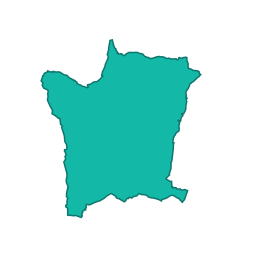 Vulturesti, Arges, Romania (Natural Earth projection), rotated 250°
{"feature_id": "2599482B57723445665641", "entity_name": "Vulturesti", "entity_type": "district", "adm_level": 2, "iso_a3": "ROU", "parent_name": "Romania", "parent_adm1": "Arges", "projection": "natural_earth1", "projection_center": [25.099, 45.058], "detail": "fine", "context": "isolated", "style": "filled", "palette": "teal", "viewbox_px": 256, "rotation_deg": 250, "n_neighbors": 0, "source": "geoboundaries", "source_scale": "gbopen_adm2", "svg_char_len": 5748}
<svg xmlns="http://www.w3.org/2000/svg" viewBox="0 0 256 256"><g transform="rotate(250 128 128)"><path d="M153.4,214.5L154.0,214.1L154.4,213.9L156.8,214.0L157.7,213.2L158.1,212.5L158.7,211.4L159.8,209.0L160.3,208.5L161.1,208.0L161.7,207.5L161.9,207.1L162.2,206.8L163.2,205.2L164.4,205.4L165.5,205.5L167.0,206.2L168.6,206.6L169.3,206.4L169.9,206.5L170.1,206.6L170.7,206.3L172.2,206.7L174.0,207.4L174.8,206.5L174.8,206.0L175.2,204.5L175.1,204.0L175.2,203.5L175.2,202.9L175.5,201.4L176.4,200.7L176.7,200.3L176.7,199.9L175.7,199.1L175.0,198.3L175.2,197.8L175.7,197.2L176.6,196.8L177.1,194.9L177.4,194.4L177.5,193.8L178.1,192.5L178.2,192.1L179.0,191.0L179.3,190.8L179.7,190.2L179.8,189.8L179.9,189.0L180.1,187.9L180.5,187.4L181.7,186.8L181.9,186.4L182.4,185.8L183.3,184.3L183.7,183.0L184.1,182.3L184.6,181.7L184.8,180.2L185.0,179.2L185.2,178.3L184.9,177.6L185.1,176.9L185.2,174.6L185.4,173.7L185.3,173.0L187.3,171.3L187.5,170.4L189.0,169.1L189.2,168.5L190.9,167.6L192.0,167.4L193.4,166.1L193.7,165.0L194.5,163.9L195.6,163.0L196.3,161.5L197.3,158.2L198.6,155.0L198.5,153.4L198.2,151.6L197.3,149.6L197.2,149.3L198.0,148.5L199.7,147.5L200.3,146.8L200.3,145.6L200.9,144.5L201.7,143.5L202.0,144.3L203.8,143.7L205.8,143.4L206.4,143.7L206.9,143.3L208.3,142.8L210.8,142.8L216.2,143.4L216.4,141.3L216.4,141.1L216.1,140.8L214.1,139.8L213.1,139.0L212.4,138.7L210.6,137.7L209.6,137.0L208.0,136.6L207.0,135.6L206.3,135.3L204.2,133.7L203.6,133.7L202.5,133.8L201.5,133.8L201.2,133.7L199.6,132.3L199.0,131.8L198.1,130.9L197.4,130.2L196.8,129.8L196.2,129.1L195.8,128.6L193.9,127.5L192.4,126.2L190.3,124.1L189.7,123.3L187.5,122.1L186.8,121.2L186.3,121.2L185.6,122.0L185.0,121.9L184.9,120.8L183.5,118.6L182.4,115.2L182.1,114.6L182.1,114.4L182.6,113.1L182.9,111.3L182.7,110.3L182.0,108.1L182.0,107.5L182.4,105.2L182.4,104.7L182.1,104.5L180.1,104.5L179.7,104.3L179.6,104.0L180.8,102.2L182.0,100.9L182.8,99.4L184.0,98.6L185.0,97.7L185.4,97.0L186.8,95.7L187.2,95.4L187.5,95.3L188.0,95.4L188.4,95.7L188.6,95.7L189.1,95.0L190.7,94.4L191.1,93.9L191.2,93.7L191.1,93.4L191.1,93.2L191.3,93.2L191.6,93.2L191.9,93.2L192.2,92.8L192.6,92.6L192.8,92.1L192.9,91.9L193.4,91.8L193.8,91.3L194.7,90.6L195.3,90.0L196.1,89.5L197.0,89.3L198.0,88.8L198.5,88.5L198.8,88.0L199.2,87.1L199.7,86.3L200.2,85.8L201.5,84.9L202.3,84.2L203.6,83.3L204.5,81.9L204.8,81.0L205.1,79.6L205.4,79.0L206.1,78.3L206.2,77.7L206.5,77.4L206.2,77.3L206.0,76.8L206.3,76.4L207.0,75.6L207.2,73.9L207.4,73.4L208.0,73.3L209.1,72.1L208.8,71.9L208.4,71.7L207.9,67.9L206.7,67.2L206.2,65.7L205.3,65.3L202.0,62.5L199.1,63.5L197.6,62.0L194.3,62.4L191.9,64.9L190.8,65.6L189.5,65.5L187.4,64.1L185.2,63.8L182.2,62.0L180.6,61.9L175.0,62.3L170.4,63.1L167.4,61.5L164.3,64.0L162.4,65.2L160.9,65.9L160.2,67.2L156.8,66.5L155.2,66.0L154.3,65.9L153.4,66.6L152.1,66.9L151.4,65.9L142.4,65.5L136.7,64.0L133.6,64.6L130.3,63.8L129.9,63.9L128.9,62.7L128.9,62.2L129.2,61.3L129.3,61.2L129.2,61.0L129.0,60.9L128.2,60.4L127.4,60.6L124.1,60.8L122.7,59.0L120.5,58.9L118.7,57.2L118.5,56.5L118.0,56.1L106.0,55.0L103.3,54.1L101.8,53.0L99.5,51.9L97.9,51.5L92.7,51.6L92.3,50.7L91.5,50.5L90.1,49.4L87.2,47.7L84.4,46.7L82.8,47.4L82.0,46.9L81.2,46.2L80.9,46.1L79.0,45.1L78.0,45.2L77.2,44.7L76.9,43.5L76.6,43.3L76.3,43.2L76.1,42.9L75.8,43.0L75.5,42.6L75.2,42.6L73.4,43.9L66.7,41.5L66.1,42.4L66.1,43.2L65.8,43.8L64.9,45.3L64.0,47.1L64.1,47.6L63.9,48.4L62.9,50.0L62.4,50.5L61.6,51.5L61.2,51.8L60.3,53.2L59.9,53.5L60.4,54.2L61.1,55.0L61.6,55.0L62.3,54.8L62.8,55.1L63.6,56.2L64.1,56.4L64.6,56.4L65.3,57.0L65.5,58.3L66.4,59.7L65.7,60.2L66.3,60.4L67.5,61.4L68.3,61.9L68.7,62.0L69.8,62.1L70.1,62.3L70.1,63.3L69.9,64.1L69.2,64.7L69.0,65.8L69.0,67.2L69.3,69.7L69.4,71.2L69.4,72.7L69.3,74.0L69.3,75.9L69.2,76.9L69.7,79.0L70.0,81.0L70.5,82.6L71.6,85.3L71.6,86.2L71.8,87.2L72.1,88.3L72.2,89.7L70.1,91.6L68.7,92.6L68.0,93.2L66.8,93.1L66.3,93.3L65.6,93.8L65.1,94.5L64.8,95.2L64.1,95.9L63.3,96.3L62.6,97.1L60.6,98.7L59.9,99.3L60.0,100.1L60.7,101.2L61.5,102.1L62.2,103.7L61.6,104.3L61.8,104.7L62.3,105.3L62.5,105.5L62.2,106.1L61.6,106.8L60.9,107.5L61.1,108.3L61.6,109.1L61.6,111.1L61.2,113.1L62.6,115.5L61.9,116.7L60.6,118.3L60.1,119.8L59.5,120.7L59.2,121.8L58.1,122.4L57.2,123.2L56.1,123.6L54.4,126.0L53.6,127.7L51.6,130.7L49.7,133.0L48.0,134.5L48.9,135.2L49.3,136.1L49.0,137.5L48.9,139.5L49.2,141.3L50.0,144.9L49.7,146.3L49.1,147.6L45.3,150.5L44.8,151.2L44.0,151.8L43.3,152.1L42.4,152.4L39.6,153.7L40.8,155.2L41.2,156.5L48.8,162.6L49.1,162.3L49.1,162.0L49.4,161.5L50.3,161.0L50.8,160.2L50.9,159.3L50.8,158.7L51.0,158.0L51.9,156.7L52.3,156.3L52.8,156.3L53.3,155.0L53.4,154.2L54.1,152.9L55.3,152.8L55.6,152.5L55.9,151.8L56.1,151.0L56.3,150.6L56.6,149.3L57.6,149.8L58.0,149.1L61.9,150.4L63.0,150.7L63.5,149.1L64.4,148.5L65.4,147.6L66.3,146.9L67.0,146.3L67.3,146.4L68.1,147.5L68.5,148.3L69.8,151.1L70.5,151.1L71.7,151.8L73.0,152.8L74.1,153.7L75.5,154.6L78.7,155.9L80.9,156.5L81.2,156.9L81.1,157.2L81.5,157.3L82.6,158.2L93.1,163.5L97.5,165.2L97.5,165.5L98.5,166.1L98.8,165.1L99.9,165.4L101.5,166.5L102.0,166.5L102.4,166.7L102.9,167.1L103.0,167.4L103.4,167.8L104.3,168.4L105.6,170.3L106.6,171.2L107.1,172.0L107.7,174.7L110.1,176.0L112.3,176.4L113.6,177.2L114.5,178.0L115.4,178.1L116.8,178.1L118.1,177.8L118.1,178.1L116.4,179.6L117.4,180.3L119.2,181.3L119.9,182.0L120.3,182.7L121.1,183.9L122.0,183.6L123.0,183.2L123.1,183.8L122.3,185.1L123.5,186.5L125.5,188.4L126.8,189.2L127.2,189.2L128.3,189.6L129.6,190.3L130.7,191.0L132.8,192.2L135.7,192.7L135.7,193.6L136.4,193.4L136.6,192.9L137.4,193.5L138.0,193.3L138.3,193.9L141.1,194.4L142.1,194.7L142.9,195.7L144.5,198.0L146.4,199.9L147.7,200.8L148.4,201.5L148.4,202.4L149.3,204.6L149.3,205.3L150.5,208.2L151.6,210.4L151.8,211.3L152.0,212.1L152.6,213.5L153.3,213.9L153.4,214.5Z" fill="#14b8a6" stroke="#0f766e" stroke-width="1.5"/></g></svg>